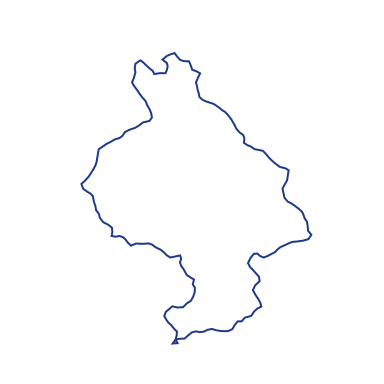 the district of Capitão Andrade, Minas Gerais, Brazil, rotated 244°
{"feature_id": "56859067B3276419285071", "entity_name": "Capitão Andrade", "entity_type": "district", "adm_level": 2, "iso_a3": "BRA", "parent_name": "Brazil", "parent_adm1": "Minas Gerais", "projection": "natural_earth1", "projection_center": [-41.826, -19.051], "detail": "fine", "context": "isolated", "style": "outline", "palette": "blue", "viewbox_px": 384, "rotation_deg": 244, "n_neighbors": 0, "source": "geoboundaries", "source_scale": "gbopen_adm2", "svg_char_len": 2732}
<svg xmlns="http://www.w3.org/2000/svg" viewBox="0 0 384 384"><g transform="rotate(244 192 192)"><path d="M66.7,112.6L65.2,117.3L63.5,121.0L64.7,125.3L65.9,130.5L64.9,134.7L62.7,137.4L61.3,141.5L61.3,145.6L60.2,149.9L57.0,153.3L53.9,157.8L51.2,163.3L51.0,168.1L53.7,172.1L55.7,176.3L54.0,179.9L55.9,184.4L54.7,190.8L57.4,195.5L58.6,199.9L58.6,204.0L62.1,204.8L65.4,204.8L71.7,204.0L77.1,203.7L80.4,207.8L82.1,213.6L86.4,215.1L91.2,213.7L95.4,212.6L99.1,211.3L103.6,211.2L107.2,215.9L109.3,220.5L108.0,223.8L104.5,225.2L101.7,227.7L101.3,232.1L101.5,236.2L101.5,240.1L102.9,243.7L103.7,247.3L103.5,251.6L103.5,256.2L103.2,260.2L101.4,264.9L99.5,270.7L98.6,276.0L101.2,280.5L106.2,279.3L110.8,281.1L115.1,282.3L118.6,281.7L121.9,282.1L125.4,282.3L129.4,280.9L134.1,278.6L138.2,276.3L141.5,273.8L146.2,272.6L150.8,273.7L155.4,274.8L158.3,278.9L160.8,282.6L165.2,285.6L169.2,288.4L172.3,286.4L176.1,281.9L181.8,279.0L186.0,277.3L189.0,276.3L193.5,275.2L197.9,273.8L200.5,270.4L203.0,267.1L206.8,265.0L210.0,262.2L213.5,260.2L217.0,262.5L220.7,263.0L224.8,260.8L229.4,259.6L234.2,259.6L239.9,259.2L245.3,258.1L249.5,256.8L252.1,255.1L256.3,253.2L261.4,250.3L264.9,246.8L267.6,244.0L270.6,241.7L274.2,240.3L277.5,241.3L281.6,241.9L284.9,242.9L288.8,243.6L291.9,247.3L295.1,251.3L298.4,249.0L301.8,245.8L306.9,246.4L310.8,246.6L313.0,242.3L315.8,239.3L319.9,238.1L324.5,237.2L325.1,233.2L325.3,229.1L323.9,223.5L319.1,225.9L315.8,225.3L313.0,223.2L310.4,220.2L312.9,215.3L314.5,209.8L318.0,209.8L321.9,208.0L325.8,206.4L329.8,205.0L333.0,203.3L332.1,197.4L328.0,194.6L324.5,193.7L320.4,190.1L316.8,186.2L313.3,186.3L308.1,187.3L303.3,187.9L299.3,188.7L294.1,190.1L289.5,189.8L284.6,190.1L281.0,189.9L276.6,188.7L274.5,184.9L276.0,178.5L275.0,173.5L274.6,169.1L275.3,163.8L275.3,158.2L273.0,154.2L272.3,150.6L273.1,146.0L272.7,140.5L272.7,136.0L272.0,131.8L271.3,126.9L268.0,124.5L264.9,122.3L261.1,119.6L258.5,117.2L255.8,113.6L253.1,109.2L251.2,106.0L249.2,101.1L247.7,96.1L242.5,95.6L238.0,98.1L235.0,100.1L231.5,101.1L227.0,99.7L221.3,98.9L217.7,97.8L213.5,98.7L209.2,97.9L203.9,98.9L199.2,102.4L195.0,104.4L191.0,102.9L187.7,100.5L185.3,103.7L184.3,107.4L181.8,110.1L178.9,111.3L174.8,112.1L170.5,113.7L170.2,119.2L167.4,124.1L164.8,130.4L162.2,133.1L158.5,134.9L153.9,138.5L149.6,140.5L146.5,141.4L142.7,143.7L141.5,148.2L140.2,153.5L137.0,153.1L133.9,150.3L130.0,149.9L126.2,150.6L119.7,150.9L116.7,152.7L112.4,155.4L108.7,152.2L104.8,152.7L100.8,150.5L97.5,147.3L94.7,143.3L94.2,138.7L92.4,133.5L94.6,128.2L97.9,124.2L96.7,119.9L95.7,115.9L92.6,112.7L89.0,112.9L84.8,113.5L81.7,114.9L77.1,115.9L73.2,117.3L69.7,115.3L66.7,112.6ZM62.5,112.7L66.7,112.6L64.3,108.2L62.5,112.7Z" fill="none" stroke="#1e3a8a" stroke-width="2"/></g></svg>